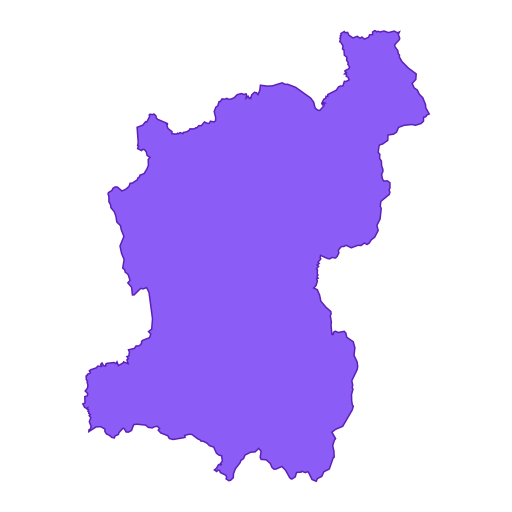 Abrego, Norte de Santander, Colombia (Mercator projection)
{"feature_id": "7082276B94860374492565", "entity_name": "Abrego", "entity_type": "district", "adm_level": 2, "iso_a3": "COL", "parent_name": "Colombia", "parent_adm1": "Norte de Santander", "projection": "mercator", "projection_center": [-73.149, 8.029], "detail": "fine", "context": "isolated", "style": "filled", "palette": "violet", "viewbox_px": 512, "rotation_deg": 0, "n_neighbors": 0, "source": "geoboundaries", "source_scale": "gbopen_adm2", "svg_char_len": 5987}
<svg xmlns="http://www.w3.org/2000/svg" viewBox="0 0 512 512"><path d="M88.8,431.6L96.2,426.9L100.8,426.7L104.9,429.1L104.9,431.5L106.5,434.0L109.4,435.3L111.6,437.3L114.3,438.0L115.1,435.9L118.4,434.5L119.0,432.5L123.0,428.3L124.1,428.5L126.1,432.0L128.5,432.1L131.5,430.5L133.7,424.6L137.1,424.2L145.6,425.1L148.3,427.4L152.4,427.9L154.1,426.8L157.3,426.3L159.6,428.4L158.2,430.1L160.8,433.0L167.8,435.7L169.3,438.5L173.1,439.5L183.7,437.7L185.1,437.3L184.6,435.5L188.9,434.3L191.9,434.4L197.8,438.9L199.7,439.6L201.1,441.2L202.9,441.1L206.9,443.1L209.5,445.7L213.7,447.1L216.5,453.3L219.1,455.2L221.6,455.7L222.3,461.1L220.6,463.3L221.3,464.7L220.7,465.1L219.4,464.3L218.4,464.9L216.6,468.1L214.4,470.0L216.7,471.5L217.9,470.2L219.6,470.6L220.3,472.5L225.9,475.3L226.6,477.5L226.1,478.9L228.9,480.7L230.7,480.2L233.3,477.7L233.5,473.7L235.4,468.8L240.0,462.8L240.9,460.5L243.5,458.6L245.1,455.0L250.7,452.2L255.1,451.9L258.7,448.4L261.1,451.2L260.2,457.4L261.1,459.4L266.2,459.8L270.3,463.5L271.9,467.3L273.8,469.1L275.9,469.1L281.9,466.5L285.6,470.3L289.7,477.7L291.1,478.9L292.0,479.0L295.3,476.8L296.5,472.5L301.2,472.1L302.0,471.3L305.3,472.6L307.6,471.8L308.4,472.1L312.0,479.5L316.2,481.3L317.5,478.5L321.8,476.4L323.8,471.8L329.3,469.0L333.3,457.6L334.2,457.2L333.9,451.0L332.7,445.6L334.3,440.4L335.6,438.6L331.9,432.2L335.5,429.4L342.7,426.3L352.1,410.2L353.3,406.3L352.3,404.7L351.7,400.8L351.5,394.6L353.0,389.1L352.2,387.6L352.7,385.1L351.8,380.7L357.2,369.5L357.7,366.4L357.1,361.9L354.0,355.3L354.9,347.8L353.2,341.7L346.8,337.3L345.8,333.0L344.2,331.3L338.3,332.5L335.2,331.2L333.6,332.2L333.2,334.5L331.9,334.4L331.0,324.7L331.4,322.4L330.3,315.6L331.1,313.9L330.8,311.5L326.0,307.3L320.8,301.1L319.6,295.1L317.3,289.7L313.7,288.0L316.0,285.6L317.4,281.1L316.6,278.8L318.1,278.2L316.9,276.5L318.0,275.0L317.2,273.6L317.5,270.0L316.5,268.9L318.6,266.3L317.0,265.0L319.2,263.5L318.0,262.3L320.8,258.9L320.1,257.5L320.5,255.4L327.6,258.5L329.7,258.9L331.9,257.5L335.5,258.0L337.2,256.3L338.9,252.9L338.3,250.2L341.3,246.6L343.8,246.5L346.1,245.3L351.3,247.8L357.9,245.3L361.1,245.5L364.4,243.0L367.0,244.5L369.2,243.1L371.2,239.9L374.6,237.3L378.2,230.5L376.9,225.4L380.1,219.0L381.2,208.7L380.3,206.0L380.9,201.3L389.3,194.4L389.9,192.2L389.1,189.9L390.0,187.9L389.9,182.7L387.4,180.9L383.7,181.0L382.4,178.8L381.6,174.4L382.9,171.5L382.9,169.4L381.6,165.7L381.4,161.1L379.6,158.3L379.8,154.2L378.2,152.4L379.0,146.1L379.8,144.8L382.7,144.0L387.8,140.3L388.0,135.0L393.5,134.2L396.5,132.2L398.5,127.4L404.1,125.3L412.0,124.5L415.4,125.3L421.1,123.5L423.5,121.2L423.6,117.2L425.6,116.9L426.9,115.0L429.2,114.0L425.7,107.6L425.6,104.9L422.8,97.8L419.3,94.2L417.3,90.0L414.3,88.0L412.1,83.5L415.8,79.5L416.2,73.9L408.4,68.1L401.8,61.4L399.4,57.0L399.5,55.1L398.3,53.7L397.8,50.6L394.9,46.6L394.7,44.8L399.4,39.6L399.7,38.2L398.3,34.5L399.4,31.9L397.5,32.8L394.2,31.1L388.5,32.6L384.0,31.0L380.1,32.0L378.2,31.3L376.6,31.9L375.6,30.8L374.5,30.7L372.6,32.0L372.6,34.6L369.5,34.8L368.7,37.2L364.4,39.1L361.9,37.0L360.0,38.2L357.3,36.3L353.0,37.9L348.9,35.2L347.6,32.4L345.2,32.7L344.3,31.5L340.9,33.5L341.2,35.3L340.3,35.8L340.7,37.3L339.9,38.2L340.4,39.1L339.8,41.7L341.0,42.5L343.0,46.0L342.5,49.1L344.0,50.1L344.3,55.1L346.8,57.3L346.6,60.3L348.3,62.8L347.8,64.2L349.6,67.1L348.7,68.8L345.0,70.7L345.0,71.6L346.4,72.4L344.6,73.9L346.5,74.2L346.3,76.4L347.8,77.0L349.2,79.8L345.9,81.5L344.4,81.3L342.8,86.0L340.4,86.0L338.5,86.9L336.3,90.2L327.8,94.5L327.7,96.4L326.0,96.3L325.7,98.3L323.8,99.2L321.7,103.4L322.4,104.7L323.8,102.7L325.0,103.1L324.3,103.4L324.0,105.7L319.8,110.4L317.5,110.1L315.1,107.9L313.7,102.2L310.6,98.0L295.6,87.3L287.8,84.3L284.9,84.3L282.2,82.8L272.2,85.9L267.0,86.1L260.4,85.2L259.8,90.2L258.0,94.6L256.5,92.7L254.4,92.3L251.7,94.9L250.8,98.2L250.3,97.6L249.4,98.4L248.1,96.2L246.1,98.2L246.6,94.9L246.0,93.8L243.9,94.5L241.5,93.5L237.1,94.7L234.2,97.7L231.0,99.1L228.7,99.3L226.8,98.3L224.9,99.2L222.0,98.9L220.4,101.4L219.0,101.7L217.8,105.8L215.8,107.2L214.2,111.6L215.7,117.7L215.6,120.7L214.0,121.9L210.4,121.2L209.3,123.2L207.9,123.5L204.4,122.0L201.3,125.7L198.8,125.6L196.9,127.8L195.9,127.7L194.2,128.9L189.9,128.9L189.2,130.3L186.5,131.9L183.4,132.4L182.8,133.7L180.1,132.6L178.7,133.7L177.7,133.2L176.4,134.1L172.0,133.7L172.0,131.6L167.9,128.5L166.5,123.8L167.4,124.1L167.4,123.5L157.6,119.3L156.5,118.3L155.8,115.7L153.9,114.0L152.6,114.6L150.0,114.2L149.2,115.0L149.6,116.5L146.7,122.1L145.6,121.7L142.7,125.2L137.1,127.3L138.2,142.5L137.6,145.7L138.6,146.2L137.6,148.6L141.6,150.6L142.6,149.4L144.4,149.6L146.3,151.9L147.1,155.5L150.0,157.3L148.2,159.5L148.4,165.3L147.1,168.6L144.1,173.6L139.9,175.2L139.5,176.9L137.9,177.9L137.3,179.8L132.3,183.1L130.1,183.3L129.0,186.4L125.8,189.2L122.0,191.0L117.5,187.1L115.3,186.9L113.2,188.0L111.8,190.5L108.6,192.5L108.0,193.6L108.9,196.7L108.9,201.8L110.5,204.6L110.9,207.7L114.3,211.7L115.9,216.2L116.8,222.0L120.6,225.8L121.1,229.3L123.9,236.4L120.0,246.0L121.5,253.2L124.1,259.5L122.7,268.1L124.7,269.8L125.2,272.1L128.1,274.5L130.0,280.4L127.8,282.9L131.6,287.3L132.4,294.9L134.1,294.9L140.7,288.4L143.1,288.9L146.6,287.6L149.0,292.4L152.5,318.8L151.7,329.1L148.5,331.6L150.8,334.0L149.5,337.7L142.7,340.3L141.6,341.4L141.6,342.9L140.6,344.7L138.4,346.0L136.1,345.9L134.4,348.4L128.5,349.8L129.4,351.9L128.9,355.9L126.9,356.6L128.3,358.7L126.9,359.8L128.1,363.6L123.6,361.9L123.4,362.7L118.4,365.6L117.0,361.9L116.0,363.6L114.0,362.5L106.7,363.4L105.7,364.2L105.7,365.8L104.8,366.1L103.5,365.5L102.0,363.0L100.7,364.4L101.6,366.4L97.7,366.1L96.4,367.8L90.6,369.8L89.3,370.9L90.4,372.2L90.0,373.2L87.4,374.3L87.2,375.5L86.1,376.0L86.3,379.6L87.6,381.6L87.1,382.3L87.9,385.1L87.5,388.1L85.2,391.0L87.7,393.6L87.4,395.8L84.8,396.6L85.0,402.9L82.8,403.9L84.6,407.3L86.6,408.5L87.7,407.8L87.4,409.5L88.5,409.8L88.0,411.4L89.0,412.1L88.8,413.5L90.3,414.5L89.2,415.7L90.8,417.7L89.3,421.7L91.2,426.5L90.1,429.3L89.0,429.8L88.8,431.6Z" fill="#8b5cf6" stroke="#5b21b6" stroke-width="1.5"/></svg>